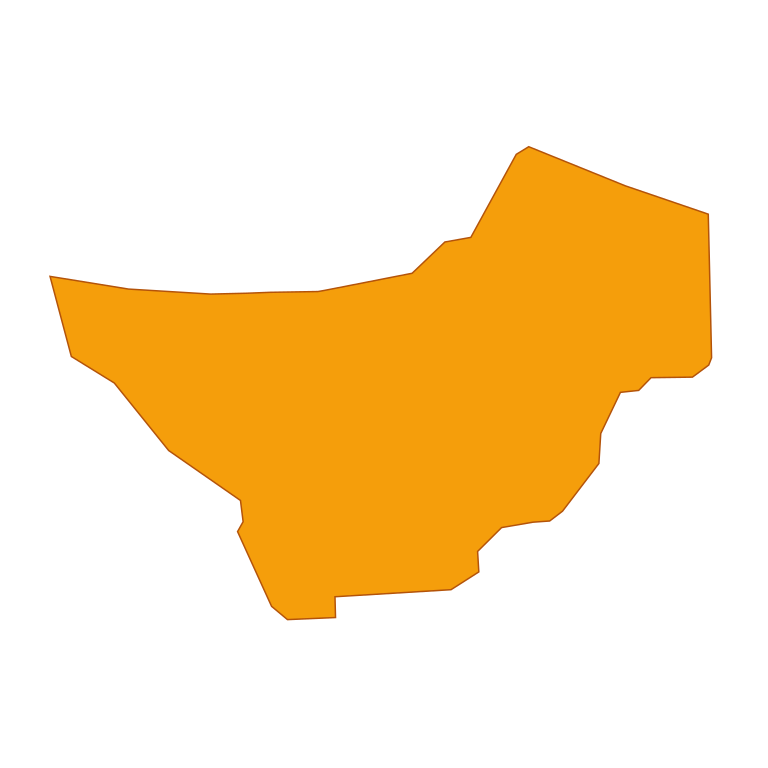 St. Charles, Louisiana, United States of America (Albers equal-area conic projection), rotated 268°
{"feature_id": "52423323B77626952716253", "entity_name": "St. Charles", "entity_type": "district", "adm_level": 2, "iso_a3": "USA", "parent_name": "United States of America", "parent_adm1": "Louisiana", "projection": "albers", "projection_center": [-90.368, 29.928], "detail": "fine", "context": "isolated", "style": "filled", "palette": "amber", "viewbox_px": 768, "rotation_deg": 268, "n_neighbors": 0, "source": "geoboundaries", "source_scale": "gbopen_adm2", "svg_char_len": 660}
<svg xmlns="http://www.w3.org/2000/svg" viewBox="0 0 768 768"><g transform="rotate(268 384 384)"><path d="M503.2,54.0L422.4,72.5L394.4,114.5L325.0,166.5L272.6,236.5L251.3,238.4L241.6,232.5L165.7,263.9L151.9,279.3L152.3,327.4L173.1,327.6L176.1,443.8L192.9,472.2L213.4,471.7L236.4,496.5L240.7,528.0L241.3,544.8L250.7,558.0L297.1,596.0L327.0,598.9L367.4,620.0L368.7,638.3L381.0,651.1L380.1,692.5L391.6,709.2L398.8,712.3L542.4,714.0L573.7,631.9L616.1,536.9L608.9,524.2L527.5,475.9L523.8,449.8L493.7,416.0L479.6,327.7L478.7,321.2L479.6,273.3L479.5,249.9L479.9,214.9L479.9,214.0L487.8,131.9L503.2,54.0Z" fill="#f59e0b" stroke="#b45309" stroke-width="1.5"/></g></svg>